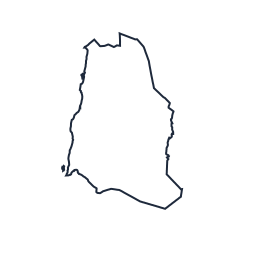 Saudi Arabia, Natural Earth projection, rotated 38°
{"feature_id": "SAU", "entity_name": "Saudi Arabia", "entity_type": "country or territory", "adm_level": 0, "iso_a3": "SAU", "parent_name": "Asia", "parent_adm1": "", "projection": "natural_earth1", "projection_center": [44.88, 24.248], "detail": "fine", "context": "isolated", "style": "outline", "palette": "slate", "viewbox_px": 256, "rotation_deg": 38, "n_neighbors": 0, "source": "natural_earth", "source_scale": "50m", "svg_char_len": 5092}
<svg xmlns="http://www.w3.org/2000/svg" viewBox="0 0 256 256"><g transform="rotate(38 128 128)"><path d="M182.8,178.4L180.9,178.7L179.1,179.0L177.0,179.3L174.5,179.7L172.6,180.0L169.7,180.5L167.2,180.9L164.8,181.3L162.4,181.6L160.3,182.0L159.1,182.3L157.7,183.2L155.5,184.4L153.2,185.7L152.1,186.4L150.9,188.1L150.2,189.0L149.1,190.6L148.3,191.8L147.3,193.2L146.9,194.5L146.2,196.4L145.6,196.9L144.6,197.5L143.8,198.0L142.4,197.9L141.6,196.7L140.8,195.4L140.4,194.9L140.0,194.9L138.6,195.1L137.0,195.3L135.0,195.1L132.8,194.8L130.7,194.6L129.6,194.4L128.3,193.6L127.9,193.4L127.5,193.4L125.9,193.4L124.3,193.3L122.7,193.6L121.1,193.5L119.5,193.7L118.9,194.0L118.3,194.0L117.9,194.2L117.6,194.4L117.1,194.1L116.6,194.2L115.9,194.0L115.4,193.4L115.0,193.0L114.5,192.7L114.0,192.5L113.5,192.5L112.9,192.8L112.6,193.1L111.7,194.0L111.6,194.4L112.0,194.9L111.9,195.2L111.4,195.5L111.2,196.4L111.1,196.9L111.0,198.0L111.3,198.9L111.6,199.3L111.6,199.7L111.4,200.4L110.9,200.7L110.6,201.4L110.4,201.8L110.0,202.2L108.5,203.5L108.4,202.7L107.9,201.6L107.9,200.8L107.6,200.0L107.2,199.4L106.5,198.7L106.4,197.9L105.8,197.0L105.1,196.3L104.7,195.0L104.4,193.3L102.4,191.1L100.0,189.0L99.2,187.8L98.0,185.5L97.4,183.6L95.8,181.4L95.7,180.6L95.5,179.6L95.1,178.5L94.9,177.6L93.3,173.7L92.8,173.0L92.3,172.2L92.2,171.5L92.1,171.1L90.9,170.5L89.8,168.8L86.6,166.2L85.0,166.0L83.8,165.0L82.9,163.8L81.9,161.7L80.2,159.4L78.7,156.2L79.2,155.1L79.2,154.2L78.8,152.8L78.3,151.8L77.9,150.8L78.2,149.3L78.3,147.7L78.6,146.8L78.9,145.9L78.6,143.9L78.1,142.9L78.2,142.2L77.6,141.9L77.2,141.2L77.7,141.2L76.8,140.1L76.5,139.6L76.2,138.2L75.8,137.1L74.5,134.7L73.9,133.2L72.6,131.3L71.1,129.9L70.1,129.3L69.6,128.7L68.8,128.7L68.0,127.8L67.4,127.8L66.6,127.7L65.8,126.1L65.0,124.6L63.8,122.6L64.1,122.1L64.5,121.3L64.4,120.2L64.2,119.4L63.6,118.1L61.9,114.7L61.4,114.2L60.6,113.7L60.2,112.2L60.0,110.9L58.7,110.3L56.7,105.6L55.5,103.9L55.0,102.8L53.6,101.0L52.9,99.2L51.5,97.5L50.3,94.6L48.5,91.8L47.7,91.3L45.7,91.0L44.9,90.8L44.1,91.5L44.0,90.7L44.6,89.6L45.4,87.2L45.6,85.2L47.0,79.1L48.6,79.4L50.0,79.7L52.0,80.0L54.1,80.4L55.3,80.7L55.8,80.6L57.5,79.1L59.0,77.7L60.0,76.1L60.9,74.5L61.3,74.2L62.7,73.9L64.8,73.4L67.0,72.9L67.7,71.5L68.3,69.9L68.4,69.7L68.6,69.6L70.1,68.7L71.1,68.1L69.8,66.5L68.6,64.9L67.2,63.2L66.1,61.9L64.4,59.9L63.2,58.6L65.3,58.0L67.4,57.3L69.7,56.6L72.3,55.8L74.4,55.2L77.5,54.2L79.0,53.8L79.3,53.6L80.5,52.5L82.2,52.8L84.8,53.3L87.4,53.8L90.0,54.3L90.9,54.7L93.5,56.3L95.1,57.4L97.1,58.6L99.5,60.1L101.2,61.2L103.3,62.5L105.0,64.1L107.1,66.0L109.5,68.1L111.4,69.8L114.0,72.1L116.6,74.3L119.2,76.6L121.3,78.3L123.9,80.6L124.1,80.6L126.7,80.9L130.3,81.2L133.8,81.6L137.0,81.9L138.4,81.6L140.0,81.8L142.0,82.1L143.2,82.2L145.6,82.6L146.3,84.1L146.5,85.1L146.8,86.1L147.5,87.0L149.1,87.0L150.5,86.9L152.2,86.9L153.6,86.9L154.0,87.8L154.2,88.7L155.1,90.8L156.2,92.5L156.5,93.1L156.7,94.0L156.5,94.3L156.5,94.7L157.3,95.6L158.8,96.4L159.3,96.6L160.0,97.0L159.5,97.5L160.3,98.7L161.3,99.9L162.4,100.2L163.8,102.1L166.0,103.3L167.3,104.9L167.2,105.0L166.8,104.8L166.3,104.6L166.2,104.8L166.2,105.4L166.3,106.2L167.0,106.9L167.6,107.4L167.9,108.3L167.4,110.3L166.9,110.1L166.6,110.1L166.4,110.2L166.8,111.6L167.2,112.7L167.7,113.6L168.1,114.9L168.5,115.4L169.9,116.8L170.3,117.9L170.7,120.0L171.6,121.2L172.1,122.1L172.7,122.9L173.2,123.9L173.8,124.7L174.1,125.0L174.5,125.0L175.1,125.0L175.8,124.8L176.5,124.6L177.0,125.0L177.6,125.0L177.7,125.4L177.3,125.9L176.8,127.2L177.5,127.4L178.2,127.5L178.6,127.7L178.9,127.7L178.9,128.0L179.0,129.2L179.1,129.7L179.4,130.1L179.9,130.7L180.3,131.4L180.8,132.0L181.2,132.6L181.7,133.3L182.1,133.9L182.6,134.5L183.0,135.1L183.5,135.8L183.9,136.4L184.4,137.0L184.8,137.7L185.3,138.3L185.7,138.9L186.2,139.5L186.6,140.2L187.0,140.7L187.7,140.8L187.9,140.8L188.5,140.9L189.5,141.0L190.7,141.2L192.1,141.4L193.8,141.7L195.5,141.9L197.3,142.2L199.1,142.4L200.8,142.7L202.4,142.9L203.9,143.1L205.1,143.3L206.1,143.5L206.7,143.5L206.9,143.6L207.5,143.7L208.2,142.9L208.8,144.0L209.3,144.9L210.0,146.1L210.7,147.4L211.4,148.7L212.0,149.6L211.7,150.6L211.4,151.6L211.2,152.7L210.9,153.8L210.6,154.8L210.3,155.9L210.1,156.9L209.8,158.0L209.5,159.1L209.2,160.1L209.0,161.2L208.7,162.2L208.4,163.3L208.1,164.4L207.9,165.4L207.6,166.5L207.3,167.5L207.0,168.8L206.1,169.2L204.7,169.7L203.3,170.3L202.0,170.8L200.6,171.3L199.2,171.9L197.8,172.4L196.4,173.0L195.0,173.5L193.7,174.1L192.3,174.6L190.9,175.2L189.5,175.7L188.1,176.3L186.7,176.8L185.4,177.4L184.0,177.9L182.8,178.4ZM101.9,200.2L102.5,200.2L102.2,199.9L102.5,199.4L103.4,200.3L103.3,201.3L103.2,201.6L103.0,201.3L102.8,201.1L102.8,200.9L102.5,200.6L101.7,200.8L101.1,200.5L100.4,199.6L100.2,198.9L100.5,198.8L100.8,198.5L101.0,198.0L100.8,197.5L101.3,197.5L101.6,198.1L101.6,199.3L101.7,199.6L101.5,199.9L101.9,200.2ZM61.7,117.2L60.9,116.5L60.6,116.1L60.3,115.7L58.7,115.1L58.5,114.7L58.8,114.3L58.9,114.7L59.2,114.9L60.5,115.5L61.9,116.8L62.1,116.9L61.7,117.2ZM59.3,114.0L59.2,114.2L58.9,113.8L58.9,113.1L59.2,112.7L59.2,113.2L59.3,113.8L59.3,114.0Z" fill="none" stroke="#1e293b" stroke-width="2"/></g></svg>